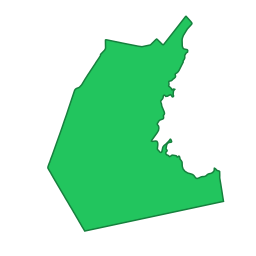 SVG path tracing the border of Karakalpakstan, rotated 256°
{"feature_id": "UZB-356", "entity_name": "Karakalpakstan", "entity_type": "Automonous Region", "adm_level": 1, "iso_a3": "UZB", "parent_name": "Uzbekistan", "parent_adm1": "", "projection": "orthographic", "projection_center": [58.854, 43.272], "detail": "fine", "context": "isolated", "style": "filled", "palette": "green", "viewbox_px": 256, "rotation_deg": 256, "n_neighbors": 0, "source": "natural_earth", "source_scale": "10m", "svg_char_len": 4027}
<svg xmlns="http://www.w3.org/2000/svg" viewBox="0 0 256 256"><g transform="rotate(256 128 128)"><path d="M122.6,49.7L124.4,50.9L129.1,54.0L134.2,57.4L139.6,61.0L145.1,64.6L150.7,68.2L156.0,71.7L161.1,74.9L165.8,77.9L169.9,80.5L173.2,82.6L175.7,84.2L177.4,85.3L178.2,86.1L178.7,87.1L178.9,88.0L179.1,90.0L179.4,90.9L181.1,93.5L184.4,96.8L186.0,98.4L187.5,100.0L189.6,102.2L191.2,104.0L192.9,105.8L194.5,107.6L196.2,109.4L197.8,111.2L199.5,112.9L201.1,114.7L202.7,116.5L204.9,118.8L205.5,119.0L206.1,119.2L209.3,124.3L210.8,125.5L218.5,127.3L218.9,127.5L218.9,127.9L218.8,128.4L211.7,143.2L205.0,157.5L203.5,161.2L203.2,169.3L203.2,169.8L203.3,170.1L206.8,176.0L207.4,177.2L207.3,177.4L206.9,177.8L200.9,181.5L200.3,182.1L200.3,182.6L200.6,183.1L213.5,199.7L222.3,210.9L222.3,211.4L215.9,214.8L214.3,215.4L213.9,215.3L213.5,215.0L213.3,214.9L209.7,209.5L204.5,204.2L202.8,203.0L201.4,202.2L200.0,201.7L194.4,200.5L192.9,200.6L192.3,200.7L191.8,201.0L191.3,201.3L190.9,201.9L189.8,204.2L189.3,204.6L188.6,204.7L187.9,204.4L187.7,204.3L187.2,204.1L186.9,203.0L186.5,202.4L184.9,200.8L184.3,200.5L182.7,200.2L182.0,199.9L181.1,199.2L180.0,198.0L179.7,197.8L179.3,197.6L178.6,197.5L171.6,191.5L170.6,190.4L169.8,189.1L169.3,187.6L169.0,187.0L168.5,186.7L167.1,186.7L166.5,186.6L166.0,186.3L165.6,185.8L164.8,184.3L164.4,183.3L163.6,182.1L163.4,181.5L163.4,179.8L163.3,179.0L162.9,178.7L161.4,178.5L160.0,178.2L159.7,178.0L159.0,177.6L158.6,177.7L158.4,177.8L157.9,178.3L156.4,179.3L155.8,179.6L155.1,179.6L154.6,179.7L154.4,179.9L154.3,180.1L154.4,180.4L154.8,181.1L154.8,181.5L154.5,182.3L154.2,182.7L153.5,181.7L152.7,181.0L149.6,179.9L148.1,180.0L147.7,179.8L147.4,179.3L147.4,178.7L147.7,178.4L148.3,178.2L150.0,177.5L149.9,176.0L149.3,174.1L149.5,172.3L150.0,172.0L150.6,171.7L151.0,171.4L151.1,170.7L150.8,170.2L150.1,169.8L148.8,169.3L147.8,168.4L147.0,167.2L146.1,166.2L144.8,166.1L143.5,166.3L141.0,166.1L135.0,167.0L133.5,167.0L132.8,166.7L131.6,165.5L131.0,165.3L129.5,165.1L128.7,164.7L128.3,164.0L128.0,161.1L127.7,160.3L127.3,159.7L125.5,157.8L124.8,157.3L124.0,157.4L123.2,157.8L122.4,158.1L121.6,158.1L120.3,157.9L118.3,157.0L116.4,155.2L110.3,148.0L109.6,147.6L109.1,148.4L108.7,151.7L108.1,152.8L106.9,153.2L105.4,153.1L104.0,152.7L100.9,151.5L100.2,151.4L99.7,151.6L98.2,152.5L97.1,153.0L96.6,153.4L96.3,153.9L96.5,154.7L97.0,155.2L100.5,156.9L101.5,157.7L102.4,159.0L103.2,160.8L105.3,164.3L106.4,165.7L106.7,166.0L106.9,166.3L106.8,166.6L106.4,166.8L104.6,167.1L104.1,167.0L103.8,166.5L103.8,165.9L103.9,165.2L104.0,164.5L103.7,163.1L103.0,162.1L102.1,161.4L99.2,160.1L98.6,159.9L98.1,160.0L97.1,160.5L96.6,160.5L96.1,160.2L95.5,159.2L95.1,158.8L94.5,158.6L93.9,158.6L93.3,158.7L92.7,159.0L92.4,159.3L92.2,159.8L91.4,160.6L90.7,161.0L90.2,161.4L90.3,162.4L90.9,163.7L91.0,164.3L90.7,165.2L89.5,167.9L89.1,168.3L88.0,168.7L87.8,169.2L88.0,169.8L88.3,170.2L88.4,170.6L87.8,171.0L87.2,171.1L85.3,171.0L84.7,171.2L83.1,171.9L81.8,172.2L77.7,171.4L75.0,171.5L72.3,172.7L69.9,175.0L68.3,177.9L67.2,179.5L66.0,180.4L63.2,181.6L62.3,182.7L62.3,184.2L62.9,187.3L62.8,188.7L62.5,189.9L62.5,191.2L62.9,192.6L63.6,193.6L63.9,194.7L64.0,195.8L63.9,197.1L64.0,198.2L64.4,199.3L64.9,200.2L65.5,201.0L65.9,201.3L66.4,201.5L67.8,201.9L68.1,202.1L68.0,202.3L67.6,202.7L67.0,203.2L65.7,203.8L65.1,204.5L64.1,206.1L63.6,206.4L60.0,205.6L57.3,204.9L50.8,204.4L49.8,204.3L43.8,203.8L38.4,203.3L33.7,202.9L34.0,194.1L34.3,185.2L34.6,176.3L34.9,167.5L35.2,158.6L35.5,149.7L35.8,140.9L36.1,132.0L36.4,123.2L36.7,114.3L37.0,105.4L37.3,96.6L37.6,87.7L37.9,78.8L38.2,70.0L38.5,61.1L41.2,60.3L43.7,59.5L46.3,58.8L48.9,58.0L51.5,57.3L54.1,56.5L56.6,55.8L58.7,55.2L59.2,55.0L61.8,54.3L64.4,53.5L66.9,52.7L69.5,52.0L72.1,51.2L74.6,50.4L77.2,49.7L79.8,48.9L83.2,47.9L86.6,46.9L90.0,45.9L93.4,44.9L95.0,44.4L96.5,44.0L98.1,43.5L99.7,43.1L101.3,42.6L103.0,42.2L104.6,41.7L106.2,41.2L108.4,40.6L109.0,40.7L109.8,41.0L111.9,42.4L112.5,42.8L114.1,44.0L116.8,45.7L120.2,48.1L122.6,49.7Z" fill="#22c55e" stroke="#15803d" stroke-width="1.5"/></g></svg>